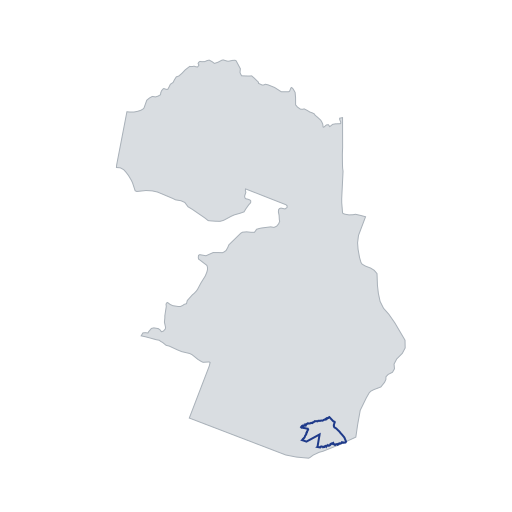 Sioma, Western, Zambia shown in context, rotated 291°
{"feature_id": "96606910B11966717412590", "entity_name": "Sioma", "entity_type": "district", "adm_level": 2, "iso_a3": "ZMB", "parent_name": "Zambia", "parent_adm1": "Western", "projection": "natural_earth1", "projection_center": [23.042, -16.752], "detail": "fine", "context": "in_parent", "style": "outline", "palette": "blue", "viewbox_px": 512, "rotation_deg": 291, "n_neighbors": 0, "source": "geoboundaries", "source_scale": "gbopen_adm2", "svg_char_len": 7706}
<svg xmlns="http://www.w3.org/2000/svg" viewBox="0 0 512 512"><g transform="rotate(291 256 256)"><path d="M331.9,344.2L312.0,344.3L304.7,346.1L298.8,348.9L291.7,353.2L287.6,356.3L286.4,358.0L285.8,361.7L285.8,367.4L285.0,371.5L282.9,375.3L272.1,379.9L265.0,383.6L258.1,388.1L252.9,393.8L249.2,400.9L243.3,409.6L230.8,425.3L223.6,428.2L217.6,427.5L210.4,424.3L204.6,423.6L200.3,425.7L196.4,425.1L192.8,421.8L189.8,420.6L187.3,421.5L184.2,421.3L178.5,419.5L173.5,413.9L170.9,411.6L168.8,410.7L162.9,409.8L149.3,408.6L135.1,411.3L122.7,414.1L110.0,401.7L97.8,388.6L95.3,385.2L90.7,380.8L87.4,378.7L86.1,377.6L82.8,365.9L80.9,355.1L80.8,251.8L136.6,251.8L140.2,251.3L140.3,250.2L137.8,244.7L137.9,242.8L138.6,239.0L141.0,231.5L141.2,229.0L140.1,220.9L140.2,216.4L140.8,207.2L140.4,204.1L141.8,199.9L142.2,197.2L142.7,196.0L142.1,192.9L141.0,181.9L140.3,177.4L143.7,178.0L144.8,180.3L145.4,182.7L146.9,182.9L150.9,184.3L152.3,186.4L153.2,190.8L152.6,193.0L151.4,194.8L152.6,196.4L155.3,197.5L156.9,197.2L161.4,194.2L165.5,193.1L167.6,192.3L176.8,190.3L178.7,189.3L180.0,189.3L180.9,190.1L180.0,193.2L179.8,196.0L180.9,201.2L181.8,203.6L183.7,205.4L185.1,206.3L186.6,208.2L189.8,207.8L196.9,210.5L199.0,211.7L202.0,212.9L204.1,213.4L211.4,214.3L219.1,215.8L223.1,215.9L225.9,215.6L227.9,214.8L229.1,214.0L229.7,213.3L232.6,203.4L234.1,202.6L236.0,202.1L237.1,203.0L238.3,209.2L243.9,214.8L245.7,219.6L247.1,223.6L248.3,224.7L250.4,226.1L253.8,226.6L256.8,226.7L271.8,233.6L273.4,234.9L275.2,238.6L276.3,242.7L277.5,246.0L279.4,246.6L281.1,246.9L282.8,249.1L284.1,251.1L288.5,259.3L289.1,262.5L291.2,264.6L294.1,265.6L296.8,265.7L298.4,264.7L302.2,263.0L305.2,261.1L307.4,260.5L308.7,260.9L309.7,262.2L310.3,266.2L312.4,267.6L314.0,267.1L314.6,265.5L314.6,264.7L314.9,222.2L313.5,222.5L311.8,223.7L307.8,223.9L306.3,224.8L305.8,226.1L306.1,227.9L306.1,230.3L305.5,231.4L303.8,231.9L301.3,230.9L296.7,229.7L292.9,229.0L290.2,225.8L286.6,221.0L284.2,218.6L278.4,213.6L277.4,212.6L275.6,210.2L274.1,206.2L272.7,201.6L271.9,198.7L273.3,194.2L276.8,179.5L277.6,174.9L280.5,170.3L280.7,166.1L279.6,160.8L279.9,157.8L280.4,141.0L279.6,135.7L277.7,129.8L273.5,121.6L273.6,119.8L280.1,114.5L282.0,112.5L285.4,108.2L287.7,104.5L289.2,101.5L289.7,97.7L288.6,94.0L290.9,93.3L344.4,83.8L345.1,86.3L346.7,90.5L348.6,93.6L350.8,96.3L352.8,97.9L354.1,98.4L362.3,98.2L365.3,99.9L367.8,102.0L368.5,105.2L370.1,107.2L372.0,108.8L372.7,109.0L374.1,108.6L376.3,108.6L378.3,109.2L379.3,109.9L379.4,112.6L380.0,113.9L382.8,114.3L385.6,114.5L388.3,116.4L391.3,116.7L394.7,117.4L396.3,119.4L400.0,121.4L404.4,123.2L409.3,126.2L409.4,127.1L410.2,128.9L411.0,130.1L411.1,132.0L411.5,133.7L412.8,134.1L413.8,134.3L414.8,133.0L416.1,133.0L417.5,133.8L418.0,135.8L419.1,138.5L420.9,140.3L422.1,142.1L421.7,145.3L420.9,148.2L423.3,151.1L426.5,153.9L427.3,155.1L427.6,159.2L428.0,160.6L430.2,164.0L431.2,166.2L431.1,167.5L425.2,174.3L421.6,175.3L420.1,176.7L419.1,178.1L421.4,184.8L422.6,187.4L421.5,190.5L419.1,196.0L418.1,196.4L417.8,200.5L418.5,202.0L419.7,203.2L420.1,206.0L420.0,212.9L418.4,220.7L421.0,227.6L421.9,228.3L425.5,228.4L426.1,228.9L425.2,230.9L422.7,233.9L418.0,236.2L411.3,238.8L409.9,241.3L409.0,244.9L409.7,247.0L410.6,248.2L410.3,251.4L409.7,254.7L409.8,257.3L409.5,259.6L408.6,260.7L407.4,264.2L406.0,267.7L404.8,269.3L403.1,271.0L400.5,272.4L400.5,273.1L403.5,274.7L404.2,275.8L404.5,276.6L403.2,278.4L404.6,279.4L406.3,280.3L407.8,282.7L409.6,287.0L409.9,287.5L410.4,287.5L411.4,287.1L413.3,285.3L414.6,284.7L416.2,287.2L388.3,298.0L381.8,300.2L372.0,304.1L368.8,305.5L366.3,306.9L340.4,315.4L336.3,317.0L327.2,321.4L326.9,322.1L326.9,324.0L327.7,328.1L329.3,331.8L330.6,333.9L331.4,339.4L331.9,344.2Z" fill="#d9dde1" stroke="#a8b0b8" stroke-width="1"/><path d="M112.3,359.5L112.0,360.1L112.4,361.0L112.5,361.7L112.5,362.1L112.8,363.2L113.0,364.8L113.3,366.2L113.1,366.3L112.8,366.8L112.6,366.9L112.2,366.7L111.5,366.8L111.0,366.7L110.5,366.5L110.0,366.5L109.5,366.8L109.3,366.7L109.0,366.7L108.6,366.4L108.4,366.5L108.0,366.6L107.3,366.8L106.3,366.4L105.9,366.3L105.3,366.3L104.7,366.4L103.9,366.3L103.5,366.2L103.4,366.0L102.9,365.8L102.6,365.8L102.4,365.6L101.9,365.3L101.7,365.3L101.2,365.3L100.6,365.0L100.6,365.3L100.7,365.5L100.8,369.6L112.2,379.3L110.6,379.7L110.3,379.7L99.9,381.8L99.7,381.7L100.2,384.4L100.3,384.4L100.5,384.4L100.7,384.5L100.9,384.5L101.2,384.8L101.2,385.0L101.3,385.1L101.6,385.2L101.6,385.3L101.6,385.6L101.6,385.9L101.7,386.0L101.7,386.3L101.8,386.4L101.9,386.9L101.8,387.0L102.0,387.1L102.1,387.3L102.2,387.6L102.1,387.8L102.3,387.9L102.4,388.0L102.2,388.3L102.3,388.5L102.5,388.7L102.9,388.8L103.0,388.8L103.2,388.6L103.3,388.6L103.5,388.8L103.6,389.1L103.8,389.2L103.9,389.3L104.0,389.6L103.9,389.7L103.8,389.8L104.0,389.8L104.1,390.1L104.3,390.4L104.4,390.5L104.5,390.5L104.6,390.8L104.7,391.0L104.7,391.3L104.9,391.5L105.0,391.7L104.9,391.7L104.9,391.8L105.0,391.9L105.1,392.0L105.2,391.9L105.2,392.2L105.2,392.3L105.3,392.5L105.5,392.6L105.8,392.7L106.0,392.9L106.3,392.9L106.5,392.9L106.5,393.0L106.8,393.2L107.0,393.2L107.1,393.3L107.4,393.2L107.5,393.4L107.8,393.5L108.0,393.7L107.9,393.8L108.0,393.9L108.1,394.0L108.3,394.2L108.2,394.2L108.2,394.3L108.5,394.6L108.4,394.7L108.4,394.9L108.2,395.0L108.3,395.2L108.3,395.3L108.2,395.4L108.1,395.6L108.2,395.8L108.4,395.8L108.2,396.0L108.1,396.3L108.1,396.5L108.2,396.8L108.3,396.8L108.3,397.0L108.2,397.1L107.9,397.3L107.9,397.5L108.1,397.6L108.2,397.4L108.3,397.4L108.4,397.5L108.5,397.7L108.6,397.8L108.5,398.0L108.8,398.2L108.9,398.3L109.0,398.5L109.0,398.8L109.1,399.1L109.3,399.1L109.3,399.3L109.2,399.6L109.3,399.6L109.5,399.6L109.6,399.8L109.6,400.0L109.8,400.0L110.0,400.1L110.2,400.3L110.3,400.3L110.3,400.2L110.4,400.3L110.4,400.5L110.3,400.8L110.5,400.9L110.8,401.0L111.0,401.1L111.2,401.3L111.2,401.5L111.2,402.0L111.4,402.3L111.6,402.3L111.8,402.5L112.0,402.8L112.3,403.1L112.6,403.3L112.8,403.9L113.1,403.6L113.4,405.2L113.8,406.2L114.0,406.4L115.0,406.6L117.2,404.5L117.5,404.2L118.0,403.8L118.5,403.1L119.5,401.3L119.9,400.6L120.5,399.4L121.2,398.0L121.6,397.5L122.2,396.3L122.4,395.9L122.7,395.0L123.1,394.2L123.8,392.5L124.1,390.6L124.5,390.2L124.7,389.9L125.2,389.6L125.4,389.6L125.6,389.4L125.9,389.4L126.2,389.2L128.4,389.1L129.0,389.1L129.4,388.8L129.4,387.4L131.9,382.2L131.6,381.9L131.4,381.8L131.1,381.6L130.6,381.5L130.5,381.3L130.4,381.2L130.5,381.0L130.3,380.7L130.2,380.5L130.0,380.2L129.2,380.4L129.0,380.2L128.7,380.2L128.5,379.8L128.4,379.7L128.5,379.6L128.8,379.5L128.8,379.3L128.6,379.2L128.0,379.1L127.8,378.8L127.7,378.5L127.3,378.0L127.2,377.9L126.9,377.8L126.1,377.1L126.0,376.9L126.0,376.6L125.9,376.1L125.6,375.7L125.5,375.4L125.4,375.3L125.0,374.9L125.0,374.6L124.9,374.2L124.7,374.0L124.7,373.8L124.5,373.4L124.5,373.2L124.4,373.1L123.8,372.8L123.6,372.6L123.6,372.4L123.6,372.1L123.5,371.7L123.4,371.4L123.2,371.1L123.1,370.7L122.9,370.3L122.8,370.0L122.7,370.0L122.4,370.0L121.8,369.5L121.4,369.3L121.2,369.0L121.0,368.6L120.8,368.5L120.5,368.6L120.2,368.5L120.1,368.2L120.1,367.9L120.0,367.7L120.0,367.4L120.0,367.2L119.9,367.1L119.4,366.9L118.8,366.0L118.7,365.7L118.7,365.4L118.4,365.1L118.3,364.8L118.4,364.5L118.4,364.3L118.3,364.2L118.2,364.1L117.8,363.9L117.7,363.9L117.4,363.8L117.3,363.7L117.2,363.5L117.1,363.3L117.0,363.2L116.9,363.0L116.5,363.0L116.3,362.9L116.2,362.9L116.0,363.0L116.0,362.9L115.9,363.0L115.7,362.9L115.6,363.0L115.4,362.9L115.4,362.7L115.3,362.3L115.2,362.3L115.2,362.2L115.0,361.9L114.9,361.7L114.7,361.5L114.5,361.3L114.4,361.3L114.5,361.2L114.5,360.9L114.6,360.7L114.3,360.6L114.2,360.4L114.1,360.2L113.9,360.2L113.7,360.2L113.4,359.8L113.4,359.7L113.0,359.6L112.8,359.5L112.5,359.6L112.3,359.5Z" fill="none" stroke="#1e3a8a" stroke-width="2"/></g></svg>